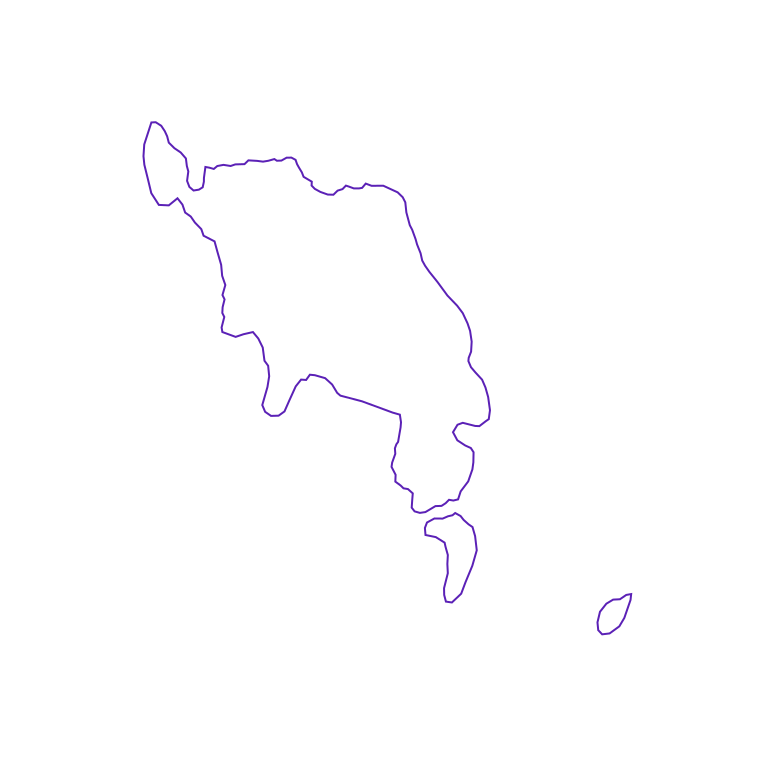 the district of Gotland, Gotland, Sweden, rotated 106°
{"feature_id": "70781695B80690990768870", "entity_name": "Gotland", "entity_type": "district", "adm_level": 2, "iso_a3": "SWE", "parent_name": "Sweden", "parent_adm1": "Gotland", "projection": "natural_earth1", "projection_center": [18.646, 57.653], "detail": "fine", "context": "isolated", "style": "outline", "palette": "violet", "viewbox_px": 768, "rotation_deg": 106, "n_neighbors": 0, "source": "geoboundaries", "source_scale": "gbopen_adm2", "svg_char_len": 2813}
<svg xmlns="http://www.w3.org/2000/svg" viewBox="0 0 768 768"><g transform="rotate(106 384 384)"><path d="M402.9,302.1L399.6,297.6L399.2,284.8L398.2,280.7L391.7,275.9L388.9,273.6L380.0,274.9L367.8,280.3L359.4,285.5L352.8,290.9L347.7,299.3L343.9,305.0L338.7,309.2L335.5,309.8L328.9,309.2L319.1,311.4L309.2,315.9L302.7,320.4L294.2,327.8L288.6,335.2L281.5,347.4L271.2,360.7L263.7,371.3L259.0,377.1L254.8,381.3L248.2,384.9L240.7,390.7L236.0,393.6L228.0,399.4L224.2,403.0L212.9,409.8L203.5,413.6L199.3,417.5L196.0,423.7L193.6,439.3L196.9,450.6L196.4,456.8L201.5,459.1L202.9,462.0L204.3,466.9L203.9,472.4L203.8,475.3L208.1,477.6L210.9,481.9L216.0,484.8L217.4,490.3L216.9,498.1L215.5,504.3L213.2,508.3L209.4,509.2L207.0,518.4L203.2,521.3L199.5,525.3L196.6,528.2L192.9,530.8L191.9,535.4L193.3,540.0L197.5,544.2L198.9,548.5L198.0,551.4L201.3,556.7L203.6,561.6L204.5,567.5L206.4,576.0L211.1,578.7L213.9,587.5L216.7,591.5L217.6,598.7L220.4,604.3L224.2,606.9L224.2,611.5L224.6,615.5L235.5,613.9L239.2,612.9L244.9,612.5L248.2,615.5L250.5,620.4L248.2,625.4L243.0,629.3L233.6,630.7L228.8,633.6L221.8,636.6L217.5,643.2L215.1,650.5L211.3,657.4L205.7,660.7L201.4,664.4L197.2,669.3L195.3,675.6L196.7,679.7L219.8,680.5L231.3,678.0L239.3,674.8L252.0,667.5L264.7,660.3L273.9,649.8L271.6,640.1L262.4,633.7L267.1,627.2L274.0,622.4L276.3,615.9L280.9,610.3L285.5,602.3L291.2,598.3L293.6,586.2L302.8,580.6L314.3,573.4L324.6,569.4L332.6,563.8L343.0,563.8L346.6,560.6L354.6,560.3L360.3,559.0L363.6,556.0L374.4,555.7L378.6,553.7L379.6,539.6L374.9,532.8L370.2,524.3L374.9,517.4L382.4,510.6L394.6,505.3L398.4,500.4L408.2,496.5L419.0,495.2L437.8,495.2L443.5,490.6L445.8,483.8L443.5,476.6L437.8,472.1L426.1,470.5L410.6,468.2L402.6,464.9L401.6,460.0L395.5,457.8L394.6,452.9L394.6,442.2L398.8,433.7L405.4,426.6L407.2,422.7L406.7,400.4L409.1,367.8L409.1,360.3L416.1,357.1L421.2,356.1L435.8,354.5L438.6,355.5L442.8,355.8L448.0,353.9L457.3,354.5L461.6,353.9L468.1,347.8L474.7,346.2L477.0,340.0L478.9,336.5L478.4,332.0L481.2,326.2L487.7,324.9L495.2,323.3L498.0,319.5L498.0,314.0L495.7,308.9L491.9,305.3L487.2,300.9L485.3,295.1L481.6,291.9L477.4,289.6L476.9,285.2L474.5,281.0L466.1,280.7L454.4,276.2L441.7,275.5L434.7,276.5L424.9,279.1L421.6,282.9L420.7,289.0L417.9,298.0L411.3,304.4L402.9,302.1ZM517.7,302.5L516.9,292.0L519.8,282.0L523.5,280.0L530.8,275.5L539.5,273.5L548.3,270.5L563.7,270.0L570.2,268.0L576.1,264.5L575.3,258.5L564.3,252.0L551.9,251.0L534.4,249.0L518.3,249.0L505.1,254.5L497.1,259.5L495.6,264.0L492.7,270.0L489.8,274.0L488.4,280.0L491.3,282.0L493.5,286.0L497.2,290.5L499.4,298.5L505.3,304.5L511.1,305.0L517.7,302.5ZM554.3,113.1L561.6,110.2L564.5,105.3L561.6,98.4L552.1,91.0L542.6,88.5L523.6,87.5L517.8,88.5L520.0,93.0L525.9,97.9L528.1,104.3L533.9,109.7L543.4,113.6L554.3,113.1Z" fill="none" stroke="#5b21b6" stroke-width="2"/></g></svg>